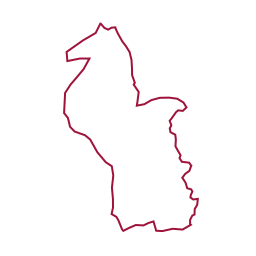 outline of Palodeia, Limassol, Cyprus, rotated 84°
{"feature_id": "46923920B73040476031074", "entity_name": "Palodeia", "entity_type": "district", "adm_level": 2, "iso_a3": "CYP", "parent_name": "Cyprus", "parent_adm1": "Limassol", "projection": "orthographic", "projection_center": [32.99, 34.743], "detail": "fine", "context": "isolated", "style": "outline", "palette": "rose", "viewbox_px": 256, "rotation_deg": 84, "n_neighbors": 0, "source": "geoboundaries", "source_scale": "gbopen_adm2", "svg_char_len": 1306}
<svg xmlns="http://www.w3.org/2000/svg" viewBox="0 0 256 256"><g transform="rotate(84 128 128)"><path d="M26.6,130.1L26.5,133.9L28.1,137.4L26.0,141.0L21.4,144.2L21.3,144.6L30.1,150.2L36.1,163.5L45.9,181.1L55.1,181.3L53.9,168.6L54.9,159.1L64.7,165.9L72.2,173.6L78.9,180.7L86.6,186.9L106.5,190.0L111.7,186.7L120.7,185.5L125.9,181.5L126.2,180.9L130.7,171.5L135.5,166.8L148.9,161.0L159.7,153.7L164.3,148.1L173.7,147.6L185.6,150.2L196.9,150.4L205.4,151.2L211.9,153.3L215.1,148.9L218.8,147.2L228.2,144.5L229.8,143.4L227.5,137.5L225.3,130.4L226.5,122.8L224.6,117.5L223.6,112.4L233.1,110.7L234.1,104.6L232.9,94.1L234.7,84.3L230.8,75.6L230.0,76.3L225.8,75.8L221.8,73.2L221.0,70.9L215.5,70.1L211.6,67.2L205.8,66.0L205.9,70.6L203.6,73.2L201.1,72.5L197.9,70.6L195.6,71.6L194.1,75.4L188.3,76.5L183.1,79.2L179.5,75.8L177.1,71.5L172.0,69.0L171.9,69.2L168.9,70.8L167.2,78.0L163.3,79.9L160.6,78.6L155.2,81.0L151.2,82.7L144.3,81.6L139.6,81.7L136.6,86.2L132.7,86.5L129.9,84.6L125.2,85.8L123.0,83.6L117.3,78.6L115.7,76.3L116.7,71.7L113.6,67.7L108.4,70.2L104.0,76.0L102.1,83.9L101.3,93.2L102.7,101.8L106.0,109.2L106.7,116.9L102.6,115.8L93.3,113.6L85.4,117.8L83.8,116.5L75.8,118.4L69.5,117.8L60.5,117.4L52.6,118.5L46.6,121.4L41.1,124.7L32.5,128.4L27.2,130.1L26.6,130.1Z" fill="none" stroke="#9f1239" stroke-width="2"/></g></svg>